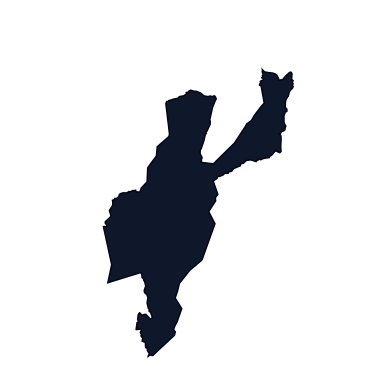 outline of San Pedro Yólox, Oaxaca, Mexico, rotated 129°
{"feature_id": "50627088B72857929958345", "entity_name": "San Pedro Yólox", "entity_type": "district", "adm_level": 2, "iso_a3": "MEX", "parent_name": "Mexico", "parent_adm1": "Oaxaca", "projection": "orthographic", "projection_center": [-96.522, 17.634], "detail": "fine", "context": "isolated", "style": "filled", "palette": "ink", "viewbox_px": 384, "rotation_deg": 129, "n_neighbors": 0, "source": "geoboundaries", "source_scale": "gbopen_adm2", "svg_char_len": 4720}
<svg xmlns="http://www.w3.org/2000/svg" viewBox="0 0 384 384"><g transform="rotate(129 192 192)"><path d="M170.2,182.4L165.6,181.1L163.8,181.8L162.5,180.3L159.0,178.5L157.0,178.4L155.8,177.0L154.8,175.7L153.3,176.1L150.9,174.3L149.6,174.4L147.7,174.4L146.2,173.6L145.3,173.6L145.3,173.2L141.1,170.9L139.6,172.0L137.2,170.1L133.6,169.8L130.3,166.9L128.2,161.9L128.0,161.3L127.2,161.5L125.4,160.7L124.5,160.8L123.7,158.9L121.5,157.9L119.5,156.3L116.7,153.7L115.4,154.2L113.4,153.3L107.4,153.1L106.2,148.5L104.5,148.3L101.0,151.5L94.9,156.0L92.5,158.1L92.4,158.4L92.2,158.9L92.1,159.4L91.9,159.7L92.0,160.3L91.3,160.2L91.1,160.0L90.2,160.3L89.1,160.3L88.5,160.2L88.1,160.2L87.5,159.6L87.0,159.3L85.7,159.0L84.9,159.1L84.6,159.4L84.3,159.5L83.9,159.8L83.3,160.0L82.7,160.2L82.3,160.4L81.7,160.7L81.4,161.5L80.6,163.4L79.5,164.8L78.2,165.8L76.8,166.9L75.7,168.0L74.8,168.4L74.1,168.8L73.9,168.9L73.0,169.2L72.3,169.3L71.8,170.2L70.5,169.5L69.9,169.1L69.2,169.2L68.8,169.7L68.4,170.1L67.9,170.4L67.9,171.1L67.6,172.2L67.2,173.2L66.6,173.6L65.2,174.6L64.2,175.4L62.5,176.4L62.1,176.6L61.2,177.1L59.9,177.3L59.3,177.3L58.6,177.5L58.1,177.6L57.7,177.6L57.0,177.5L55.6,178.1L53.8,179.0L52.9,179.4L52.0,179.5L51.0,179.5L50.4,179.5L48.3,179.3L47.5,179.4L46.5,179.7L46.3,180.7L44.3,181.6L44.2,182.4L43.5,182.8L43.1,182.9L42.8,183.7L41.9,183.6L41.8,185.2L41.0,186.1L39.8,186.9L38.7,187.6L37.4,188.5L36.6,189.9L36.9,191.0L38.4,191.6L39.6,191.7L40.9,192.0L41.6,192.0L43.5,192.3L44.4,192.3L45.1,192.3L45.7,192.3L46.2,192.2L46.7,192.1L47.3,192.3L47.7,192.6L48.6,193.1L49.0,193.5L49.5,194.0L49.9,194.2L50.1,194.4L50.4,194.8L49.7,195.6L49.3,196.4L48.8,197.2L48.6,198.0L48.3,198.6L48.2,198.9L47.8,199.6L47.8,200.8L47.9,201.7L48.3,202.8L49.0,204.6L49.7,205.5L49.9,206.1L51.0,207.4L52.1,209.7L52.6,210.4L53.0,211.4L52.6,214.4L53.2,213.8L54.2,213.2L55.1,212.2L55.2,211.7L55.7,210.8L56.1,210.6L57.0,210.6L57.4,210.4L57.9,209.8L58.5,209.7L59.2,209.8L59.4,209.6L59.0,208.5L59.3,207.8L60.1,207.3L60.4,207.2L62.4,208.4L63.2,208.4L63.5,207.7L64.3,207.2L64.7,207.5L66.4,206.8L66.0,205.1L77.5,191.8L81.2,192.1L93.7,191.7L99.0,190.8L105.0,192.4L106.1,191.9L127.3,189.8L147.5,192.1L156.6,193.1L163.1,203.3L160.4,205.4L159.0,205.7L157.1,209.8L154.4,211.9L152.6,212.1L144.5,215.1L138.6,218.0L137.8,217.7L137.3,217.9L136.8,218.6L136.4,218.8L135.1,218.7L127.8,220.6L127.7,220.7L126.2,221.8L126.0,222.0L125.4,222.6L125.2,222.8L124.8,223.3L124.6,223.7L112.9,229.5L112.6,229.5L105.6,231.7L105.1,231.6L104.5,231.7L103.6,233.1L103.4,233.4L103.2,234.5L103.1,235.0L104.1,235.8L105.2,236.3L105.7,237.7L106.0,238.3L107.7,239.5L108.5,240.8L108.9,241.6L109.8,243.4L109.8,244.3L109.6,247.2L111.0,252.0L111.6,252.6L112.1,253.3L113.8,257.2L116.2,258.1L116.7,257.6L117.9,258.1L118.0,258.8L118.3,259.0L119.1,258.1L122.6,259.0L123.8,260.2L125.9,261.8L126.5,261.9L127.6,261.9L129.2,262.9L131.3,264.7L132.2,265.3L132.7,265.3L133.6,266.3L134.4,266.3L135.1,266.9L135.0,267.2L135.6,267.6L136.6,267.5L137.0,267.9L137.5,268.5L138.2,268.5L138.9,268.2L140.1,267.6L145.8,261.7L152.2,255.2L152.8,254.5L155.3,251.9L158.4,248.8L161.1,246.0L163.4,244.8L178.7,247.5L186.5,242.3L195.2,242.0L201.1,241.6L212.4,233.3L220.9,233.9L224.4,232.6L225.5,233.3L227.1,235.8L226.1,236.9L227.5,238.0L228.4,239.1L230.5,240.0L231.6,241.5L233.5,241.9L235.0,243.7L235.9,244.9L237.5,246.1L239.4,246.9L240.6,246.3L242.5,246.1L244.6,246.5L245.5,247.8L247.3,247.8L248.5,248.6L250.5,246.5L252.2,245.2L258.4,244.5L261.8,239.6L269.6,240.7L270.8,239.8L271.2,238.0L272.3,236.2L274.6,239.1L299.0,208.7L315.5,200.3L301.5,191.0L286.6,181.0L286.7,180.7L286.8,180.6L286.9,180.3L287.2,180.2L287.4,179.9L288.6,178.1L289.8,177.1L290.0,176.7L289.8,175.1L290.8,174.3L291.1,173.4L292.0,171.7L294.2,168.7L295.9,168.2L298.3,167.3L299.9,165.8L300.2,164.1L300.0,162.7L301.9,159.7L306.5,157.1L310.1,152.4L309.9,151.0L311.5,150.6L311.7,149.7L311.4,148.7L314.3,144.1L315.8,143.8L316.9,144.7L316.1,150.8L317.1,152.0L319.2,153.3L319.3,153.9L318.8,156.1L318.9,156.7L320.0,156.8L321.0,156.5L321.4,156.4L325.0,154.3L325.9,153.1L326.3,151.9L327.1,151.9L328.0,152.5L334.0,148.9L333.9,148.6L331.2,146.0L330.7,145.0L331.3,144.3L332.7,144.1L333.9,143.5L334.2,142.8L334.6,141.4L335.9,141.1L336.9,137.9L338.1,137.6L339.3,136.8L338.4,134.2L338.5,133.5L338.8,133.1L342.0,130.2L341.9,129.3L341.7,128.7L341.9,128.0L343.0,127.2L344.0,125.1L344.5,123.3L347.2,122.8L347.4,122.6L345.3,122.3L344.3,120.5L343.8,119.6L333.4,118.2L314.3,115.5L312.9,116.2L311.2,116.9L310.6,119.5L309.5,120.1L306.7,121.1L302.5,121.8L289.1,126.6L285.0,138.4L278.6,140.7L270.9,144.3L254.3,144.5L238.6,141.5L238.0,141.7L202.2,154.2L196.7,166.7L187.1,167.7L184.1,168.0L181.7,170.3L177.6,170.4L175.0,174.6L170.2,182.4Z" fill="#0f172a" stroke="#020617" stroke-width="1.5"/></g></svg>